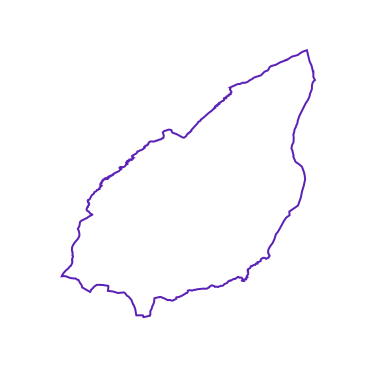 outline of Mbozi, Mbeya, United Republic of Tanzania, rotated 76°
{"feature_id": "72390352B44769786141856", "entity_name": "Mbozi", "entity_type": "district", "adm_level": 2, "iso_a3": "TZA", "parent_name": "United Republic of Tanzania", "parent_adm1": "Mbeya", "projection": "equal_earth", "projection_center": [32.882, -8.972], "detail": "fine", "context": "isolated", "style": "outline", "palette": "violet", "viewbox_px": 384, "rotation_deg": 76, "n_neighbors": 0, "source": "geoboundaries", "source_scale": "gbopen_adm2", "svg_char_len": 6050}
<svg xmlns="http://www.w3.org/2000/svg" viewBox="0 0 384 384"><g transform="rotate(76 192 192)"><path d="M230.2,92.0L223.6,87.7L218.2,85.2L212.9,82.0L206.9,79.1L202.5,78.6L199.6,78.6L194.1,79.2L191.6,80.9L187.8,84.2L182.1,85.2L181.3,84.6L175.4,84.6L173.8,85.0L170.3,83.3L168.6,81.7L167.5,81.2L163.6,80.1L160.5,79.7L159.4,78.8L155.9,77.2L154.1,75.5L152.8,74.8L150.5,72.9L148.9,72.4L144.7,69.8L142.7,68.2L133.4,60.2L130.7,57.2L128.3,55.3L126.5,54.2L125.5,53.9L121.2,50.8L117.9,49.9L115.3,48.6L113.7,46.9L113.1,45.6L109.8,46.4L104.9,45.2L105.0,45.5L98.4,45.4L93.8,46.3L82.2,46.2L82.6,50.3L83.3,53.0L84.7,56.3L84.8,62.3L86.3,66.7L86.6,68.8L86.8,68.6L87.6,75.4L88.9,80.0L88.9,84.4L89.1,85.3L90.0,86.9L91.8,88.3L92.4,89.3L92.8,92.5L95.5,96.9L95.9,103.8L96.9,106.4L97.4,108.0L97.4,108.6L98.6,111.4L98.9,114.2L98.2,116.3L98.8,119.3L98.4,120.9L98.4,122.1L99.9,130.2L100.8,129.7L101.8,130.4L104.3,129.5L105.1,129.8L105.5,130.9L106.4,130.8L106.7,131.9L106.5,132.9L107.5,133.2L107.6,135.4L108.1,135.9L108.5,135.6L108.9,135.8L109.3,136.4L109.2,136.8L108.6,137.6L108.8,138.4L109.4,138.5L109.8,138.3L110.6,138.7L111.1,139.8L111.1,141.2L112.2,143.0L112.0,143.9L112.7,144.2L112.9,145.0L113.3,144.8L113.3,145.9L113.8,147.1L114.2,146.3L114.5,146.6L114.4,147.8L114.9,148.5L114.7,149.0L115.4,149.6L116.0,149.3L116.2,150.5L116.7,150.8L116.9,151.6L117.9,153.2L119.4,156.8L122.8,163.2L123.1,164.2L123.8,165.2L123.8,165.9L125.0,166.8L125.6,169.1L126.6,169.9L131.9,177.9L132.6,177.9L133.0,179.1L133.5,179.4L133.7,180.6L134.2,181.0L134.2,181.6L134.7,182.1L134.9,182.9L136.2,184.0L137.1,185.8L137.3,186.5L137.2,187.1L136.6,188.1L132.0,193.1L129.7,196.6L128.8,197.0L127.0,197.0L126.1,198.6L125.8,199.8L126.1,202.3L126.1,204.2L127.1,205.9L130.6,205.7L132.7,206.8L132.8,208.5L133.3,208.9L133.4,209.6L133.2,210.8L133.7,213.5L133.4,214.2L133.8,215.2L133.8,217.0L133.0,219.5L133.0,220.9L133.6,222.0L135.0,222.8L135.1,223.8L135.8,224.0L136.0,225.1L135.8,226.0L136.4,226.6L136.8,227.7L137.2,227.7L137.7,227.3L138.5,229.0L139.1,231.3L139.1,232.6L139.5,233.7L139.5,235.3L140.4,235.6L141.2,236.9L142.1,240.5L142.4,241.1L142.9,241.0L143.0,241.6L143.4,241.6L144.7,240.3L144.8,240.6L144.7,241.1L144.9,241.4L145.4,241.5L145.3,241.8L145.7,242.9L146.2,242.9L145.9,243.8L145.5,243.8L145.5,244.2L145.9,244.4L145.5,245.1L146.7,245.5L146.8,245.8L146.1,247.1L146.3,247.4L146.8,247.2L147.0,248.1L147.5,248.6L148.3,247.6L148.5,247.9L149.3,248.0L149.1,249.3L149.8,249.6L150.9,251.1L151.3,252.6L150.4,255.3L150.7,256.2L151.0,256.5L151.3,256.3L151.5,255.3L152.6,254.9L152.8,255.2L152.8,255.6L153.4,256.9L154.1,257.8L154.6,260.7L154.9,261.3L154.8,262.0L155.3,263.3L156.0,263.9L155.7,264.7L155.9,265.0L156.4,264.9L156.6,265.5L156.4,267.3L156.5,267.6L156.9,267.5L156.8,268.2L157.2,268.4L156.8,268.7L156.8,269.1L157.3,269.8L157.4,270.6L157.6,270.8L158.1,270.2L158.3,270.8L158.6,270.9L158.9,270.6L159.0,270.7L159.0,271.3L158.1,271.9L157.6,272.8L157.9,273.3L158.6,273.3L158.7,273.5L158.2,274.1L158.6,274.6L158.5,275.1L159.1,275.5L159.1,275.9L159.7,275.9L159.9,277.0L160.6,277.2L161.0,277.8L161.4,277.5L162.0,278.9L162.7,278.9L162.9,279.2L163.6,278.4L163.9,278.7L164.2,278.4L164.6,279.4L165.0,279.6L165.1,280.1L165.4,280.0L166.0,280.9L166.7,281.0L166.6,281.8L167.1,282.3L167.1,283.9L168.1,284.7L168.5,286.8L170.0,287.8L170.7,289.7L172.1,291.2L173.9,292.6L174.7,294.2L174.6,294.8L174.8,295.0L175.4,294.8L175.7,295.3L176.9,295.4L177.9,294.6L178.6,294.6L179.0,295.2L179.7,295.2L180.8,296.7L181.6,296.8L181.8,297.5L183.1,298.5L184.6,298.4L186.2,296.8L188.2,296.0L189.4,294.5L189.9,294.3L191.1,298.7L191.7,299.9L193.1,306.3L194.0,307.9L197.6,309.4L200.2,311.7L201.7,311.3L204.0,311.3L205.6,311.4L207.7,312.1L209.7,313.9L212.5,317.8L214.7,320.2L216.6,321.7L219.8,322.7L221.6,322.4L222.1,322.8L224.2,322.9L224.7,323.4L225.5,323.1L226.9,323.6L227.7,324.4L228.8,324.8L230.0,325.0L230.0,324.8L231.8,325.3L234.3,327.4L234.9,328.9L236.2,330.4L237.5,333.2L239.3,335.9L241.3,338.1L242.3,338.8L242.7,336.2L243.6,334.2L245.8,331.2L246.8,329.0L247.8,325.9L249.3,324.6L249.8,323.5L253.9,322.4L255.2,321.7L258.0,321.6L264.3,315.1L263.5,314.1L262.4,313.5L261.8,312.2L260.0,309.5L259.1,306.9L259.9,303.6L260.8,300.7L262.8,296.0L263.7,296.0L267.6,297.5L269.4,292.7L272.1,288.3L273.0,282.3L273.8,281.5L276.8,280.2L278.4,278.7L282.0,276.9L287.0,276.3L287.9,275.8L292.3,275.4L298.1,275.9L298.3,275.7L299.4,270.8L300.0,269.4L301.6,269.4L301.8,268.3L301.8,262.7L301.0,262.5L300.7,262.0L297.6,261.3L295.4,259.3L293.1,258.1L292.1,257.1L290.3,255.8L287.5,254.6L286.7,254.5L286.1,254.2L285.9,253.6L286.1,248.3L286.5,247.3L287.6,246.1L288.5,244.6L291.0,241.8L291.3,240.0L291.8,238.9L292.5,238.0L292.7,236.9L291.8,233.1L290.5,232.7L290.4,232.1L290.8,229.8L290.4,229.0L290.4,227.6L289.1,223.2L288.7,222.5L288.7,221.0L288.0,220.3L286.7,219.9L286.6,218.4L287.0,217.0L287.6,216.2L287.7,215.2L287.4,213.9L287.8,211.9L287.6,210.9L288.4,204.8L289.4,201.1L288.6,198.2L288.2,198.1L287.5,196.2L287.4,195.1L288.9,193.0L289.6,192.7L289.6,191.6L290.2,190.4L290.5,189.6L290.2,189.1L290.2,187.4L290.0,186.8L290.4,184.9L289.9,183.8L289.2,183.0L288.7,179.9L287.4,178.4L287.4,177.5L287.2,177.4L287.0,176.5L287.4,176.3L287.4,175.7L286.5,173.0L286.7,172.2L286.5,171.5L286.8,170.9L286.1,169.7L285.5,168.0L285.7,167.4L286.5,167.0L287.0,164.8L288.4,163.9L289.2,164.0L289.8,165.0L290.2,164.9L290.9,163.7L290.9,163.0L290.0,163.2L289.8,162.0L289.4,161.4L289.9,160.8L289.6,160.4L288.9,160.5L288.3,160.1L288.1,159.6L288.3,159.1L288.0,158.7L286.9,159.2L285.2,157.3L283.2,156.9L282.9,157.2L282.0,156.6L281.1,156.9L280.2,155.8L280.2,154.8L279.4,153.5L278.3,153.0L278.1,152.4L278.4,151.9L278.4,151.2L277.9,150.5L277.6,149.3L278.0,148.2L277.0,147.4L276.9,146.7L277.4,145.9L277.0,145.5L276.3,145.7L275.9,145.4L275.9,143.2L275.6,142.1L274.0,141.5L273.9,141.0L273.2,139.7L273.1,138.8L273.6,137.2L274.8,136.3L274.2,133.5L273.1,132.9L272.7,132.1L269.5,132.9L267.7,132.4L265.8,131.4L263.7,129.4L260.8,125.9L257.5,123.3L253.3,120.8L251.7,118.6L249.0,115.9L242.2,109.7L239.6,106.7L238.2,103.0L234.5,102.3L230.9,92.7L230.2,92.0Z" fill="none" stroke="#5b21b6" stroke-width="2"/></g></svg>